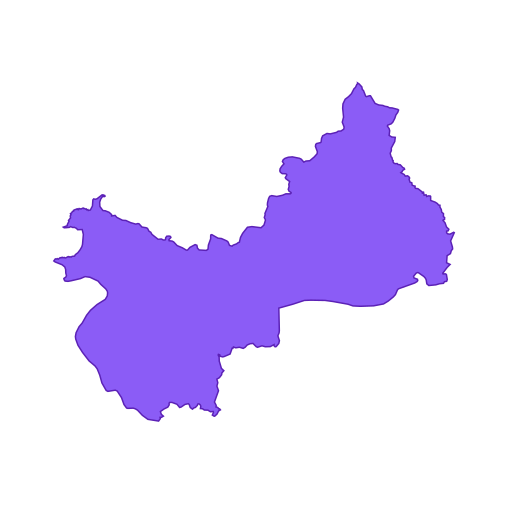 outline of Sirindhorn, Ubon Ratchathani, Thailand, rotated 258°
{"feature_id": "78962969B9944592698324", "entity_name": "Sirindhorn", "entity_type": "district", "adm_level": 2, "iso_a3": "THA", "parent_name": "Thailand", "parent_adm1": "Ubon Ratchathani", "projection": "natural_earth1", "projection_center": [105.457, 15.111], "detail": "fine", "context": "isolated", "style": "filled", "palette": "violet", "viewbox_px": 512, "rotation_deg": 258, "n_neighbors": 0, "source": "geoboundaries", "source_scale": "gbopen_adm2", "svg_char_len": 6071}
<svg xmlns="http://www.w3.org/2000/svg" viewBox="0 0 512 512"><g transform="rotate(258 256 256)"><path d="M343.1,416.9L344.2,413.5L346.3,411.3L350.7,412.8L352.9,412.7L355.8,411.5L356.6,412.1L357.2,415.8L358.5,417.7L361.8,420.4L364.9,422.2L367.0,424.5L369.1,425.8L369.9,425.2L372.6,419.8L373.2,417.4L374.6,415.8L375.7,413.1L376.9,411.4L378.2,407.5L380.5,404.2L388.9,401.3L389.2,400.4L388.9,397.2L389.5,396.5L395.6,395.5L396.7,394.6L399.4,394.7L402.8,392.7L404.1,391.4L403.3,391.4L403.0,390.4L400.3,388.4L399.2,386.6L394.9,383.1L392.6,379.6L390.8,375.8L386.7,372.7L382.6,371.5L373.6,370.5L369.0,368.2L363.8,369.0L361.8,368.2L360.6,365.1L361.0,362.3L360.2,360.5L360.0,354.0L361.1,350.9L359.7,346.2L357.5,344.6L354.0,343.4L353.5,342.6L353.4,338.6L352.7,337.6L350.8,336.9L345.4,337.7L343.4,337.1L340.8,333.6L338.0,328.4L338.5,324.5L337.9,322.3L341.3,320.4L342.5,318.9L345.4,312.2L345.9,308.1L345.5,304.7L344.6,302.7L343.0,301.5L340.3,302.5L338.5,299.9L336.3,297.7L334.2,297.0L332.8,297.3L331.1,298.8L330.3,302.1L329.4,303.0L328.7,302.9L326.5,300.9L325.5,301.2L321.8,304.4L319.4,303.0L317.1,302.8L314.5,301.4L312.5,301.8L310.8,303.5L310.0,303.2L309.7,302.4L310.6,298.1L309.9,294.5L309.9,288.7L311.8,283.9L311.5,281.8L309.7,280.3L305.6,278.3L303.5,277.7L302.0,277.9L295.8,273.6L294.4,273.5L291.9,272.1L289.7,272.7L288.7,272.5L284.6,270.2L282.6,266.8L285.6,258.1L285.9,253.6L281.0,247.7L277.4,244.7L272.9,242.6L272.8,241.4L271.9,239.5L271.4,236.0L270.6,234.6L271.9,232.3L275.5,231.6L276.8,230.6L280.3,225.8L281.3,222.6L286.1,217.2L286.0,216.2L285.3,215.9L282.2,215.2L276.6,211.7L272.7,210.5L271.8,208.6L273.7,201.7L275.8,200.4L278.8,200.4L279.8,198.8L278.2,193.2L276.0,190.2L276.2,189.1L279.4,185.6L282.6,181.0L286.9,178.4L288.0,177.1L289.0,174.2L290.1,174.2L291.8,176.6L292.9,176.4L293.6,175.1L293.9,172.8L292.6,171.4L291.1,171.0L290.6,170.3L290.9,168.7L292.3,167.0L292.7,163.7L298.8,158.7L301.1,158.0L302.5,156.5L305.6,155.6L306.5,154.4L308.0,150.5L311.8,148.3L312.3,147.2L312.2,145.0L314.7,140.3L317.8,136.1L318.7,132.9L322.7,127.9L325.0,126.6L325.2,123.1L326.5,123.4L329.3,121.4L331.6,117.9L332.3,115.7L336.9,113.6L341.2,114.3L344.0,116.0L346.2,118.4L345.6,119.8L345.8,120.7L346.6,120.7L347.6,119.1L347.8,118.1L345.0,112.3L344.9,110.6L345.6,109.1L344.8,108.1L338.9,106.4L335.4,103.5L335.4,101.4L336.4,101.2L336.3,100.1L337.4,99.7L337.3,99.0L338.1,98.2L338.3,97.2L338.9,96.9L338.4,94.6L339.2,92.9L338.2,92.1L338.6,91.2L339.2,91.3L339.3,90.4L338.9,89.8L339.1,89.0L338.6,87.1L337.9,87.0L337.7,85.7L336.6,84.7L336.0,83.3L334.8,83.6L333.8,82.6L331.8,82.5L329.8,80.0L328.9,80.3L326.0,78.0L324.9,77.8L324.3,73.5L323.5,74.2L323.2,75.8L322.8,79.5L323.3,80.7L321.9,82.9L321.9,84.1L320.4,86.1L318.8,87.0L318.0,91.5L313.0,91.6L303.4,88.7L301.3,87.6L298.7,85.3L296.2,82.4L294.9,79.6L293.6,78.5L293.9,76.1L293.4,75.0L294.0,73.7L293.8,73.0L294.5,72.2L293.7,69.4L294.0,68.5L294.5,68.1L294.4,66.8L295.1,66.1L294.7,64.8L295.1,64.1L294.0,61.9L294.8,61.0L294.5,60.4L294.9,59.1L293.2,57.2L292.0,58.2L287.7,64.6L285.0,66.7L282.3,67.0L278.9,66.4L276.2,66.5L275.0,65.7L274.0,63.4L272.6,63.4L271.2,64.0L270.3,66.8L270.2,70.0L270.4,79.6L271.4,84.5L269.7,89.2L264.3,96.3L260.5,98.3L255.1,102.2L252.6,103.2L250.8,103.2L247.8,102.2L244.9,99.5L241.6,90.5L237.3,82.8L233.3,78.0L226.5,72.0L223.7,68.3L218.4,64.1L214.8,62.6L212.2,62.4L205.7,63.3L197.7,66.3L188.1,70.9L181.9,75.7L178.7,77.2L172.0,78.4L163.8,78.9L155.6,81.5L154.4,83.0L154.0,90.5L152.7,92.2L145.4,95.0L138.1,96.0L134.2,97.8L133.6,99.0L132.7,104.3L131.6,106.2L129.8,108.1L123.8,111.7L118.7,116.3L114.8,126.4L116.9,128.7L118.1,128.6L117.9,130.2L118.6,132.1L120.8,130.5L123.7,130.1L125.5,134.3L126.5,138.3L128.4,140.1L130.1,140.4L130.7,141.0L130.3,143.3L127.4,147.9L123.7,149.8L123.8,151.3L125.6,155.7L125.6,159.1L124.6,159.8L121.4,160.2L119.4,162.0L120.3,163.6L120.5,165.3L122.1,167.6L123.3,168.3L123.3,169.4L122.2,170.4L120.7,170.8L118.3,169.9L117.7,171.9L116.1,173.4L115.2,176.9L113.1,179.1L112.8,181.8L111.7,181.8L109.5,180.2L108.1,181.6L107.9,182.3L109.4,184.9L112.2,187.2L112.9,189.2L114.1,188.6L114.3,187.7L115.3,187.4L116.3,186.4L116.6,185.5L118.2,186.0L121.8,185.0L132.0,191.3L136.9,190.7L140.0,192.3L143.7,192.1L144.6,194.9L147.0,197.7L148.7,198.3L150.5,200.7L153.3,198.8L160.8,198.2L164.7,198.9L167.0,198.4L167.6,198.8L166.9,200.0L165.3,200.2L164.2,202.5L164.3,204.1L165.5,210.3L170.8,213.5L170.5,214.2L171.7,215.0L170.4,217.1L170.2,220.8L168.3,224.3L169.0,226.4L170.8,228.9L171.4,231.9L171.1,234.9L167.3,237.3L166.4,238.5L166.9,243.2L165.3,246.2L164.4,251.2L165.6,255.2L164.4,255.0L163.2,255.8L163.2,256.9L165.7,260.1L168.3,261.3L173.4,260.8L176.0,262.6L178.1,263.3L200.3,267.5L201.2,281.9L202.5,294.1L201.4,300.5L198.2,314.3L195.5,321.8L189.7,336.0L187.0,340.5L185.1,347.7L182.8,360.8L182.6,370.8L184.4,375.9L187.4,381.8L189.2,384.3L193.4,387.3L194.3,388.5L196.6,405.7L197.5,408.2L198.3,409.1L199.7,409.1L201.7,406.0L203.4,405.9L206.0,409.2L206.2,410.6L206.0,411.3L201.1,415.9L199.2,417.0L197.4,417.5L193.2,417.3L191.2,418.9L190.4,425.9L190.7,429.8L190.3,433.7L191.7,435.0L191.6,437.2L193.2,438.2L198.2,438.4L199.1,437.8L199.6,435.2L200.3,435.1L205.1,440.6L207.4,444.1L209.8,441.0L216.6,443.0L217.9,446.7L220.6,448.1L222.0,449.8L224.0,450.0L230.3,449.5L237.6,454.8L238.1,454.3L237.0,450.2L237.9,448.0L239.0,447.3L240.7,447.6L240.7,449.2L242.1,450.2L244.7,448.4L249.2,447.8L251.9,446.3L252.4,446.7L252.5,448.0L254.4,448.5L255.6,447.5L258.5,448.2L260.2,446.8L263.0,446.9L265.6,446.1L267.4,446.5L267.9,445.1L269.5,444.4L271.4,442.5L274.0,438.4L278.0,439.2L278.5,438.9L279.0,436.9L278.7,435.4L280.5,435.1L280.5,433.1L283.2,433.1L282.6,432.4L283.0,431.8L283.7,432.2L288.2,428.4L289.0,426.1L290.0,425.7L291.2,426.2L292.7,423.5L295.3,423.6L296.2,422.0L299.3,421.7L300.3,422.5L301.4,422.2L302.9,421.0L303.1,418.6L304.9,417.9L307.4,415.0L308.2,416.5L309.3,417.4L310.0,419.4L311.1,419.2L312.0,418.0L315.2,416.1L316.1,413.8L317.1,413.3L317.3,411.6L317.9,410.4L319.5,409.6L320.8,410.0L321.3,409.5L324.2,409.4L324.8,408.8L328.6,408.6L330.9,410.3L333.5,410.8L339.1,415.5L343.1,416.9Z" fill="#8b5cf6" stroke="#5b21b6" stroke-width="1.5"/></g></svg>